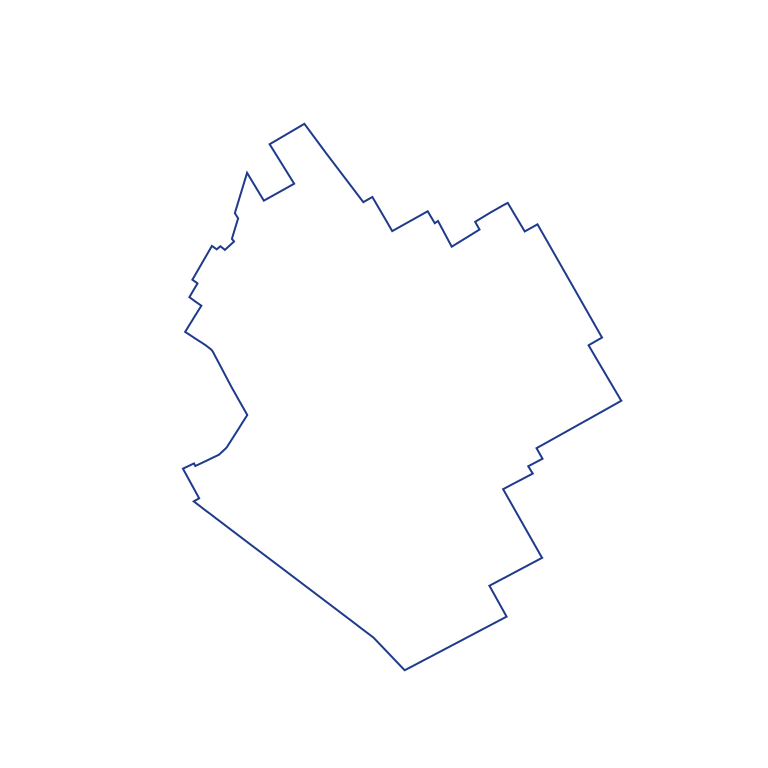 outline of Guasayán, Santiago del Estero, Argentina, rotated 319°
{"feature_id": "61730980B4030066976433", "entity_name": "Guasayán", "entity_type": "district", "adm_level": 2, "iso_a3": "ARG", "parent_name": "Argentina", "parent_adm1": "Santiago del Estero", "projection": "robinson", "projection_center": [-64.92, -27.96], "detail": "fine", "context": "isolated", "style": "outline", "palette": "blue", "viewbox_px": 768, "rotation_deg": 319, "n_neighbors": 0, "source": "geoboundaries", "source_scale": "gbopen_adm2", "svg_char_len": 1690}
<svg xmlns="http://www.w3.org/2000/svg" viewBox="0 0 768 768"><g transform="rotate(319 384 384)"><path d="M552.1,552.3L552.1,552.1L561.1,503.3L563.8,489.0L564.0,489.0L579.0,492.0L588.1,446.7L597.0,402.3L604.6,364.2L590.3,361.2L596.2,328.5L590.7,327.2L575.6,324.2L559.2,321.4L557.4,330.1L525.2,324.8L531.7,296.4L527.8,296.0L530.3,282.3L490.5,274.0L492.5,263.8L497.9,235.2L487.7,233.2L491.8,170.9L494.6,135.4L455.0,128.0L447.6,173.9L413.6,166.8L419.2,134.8L394.7,150.2L383.5,157.2L383.5,157.4L382.6,163.1L382.6,163.3L373.9,168.7L364.4,174.7L364.4,177.9L364.4,178.0L364.2,178.1L351.9,178.4L351.8,177.7L350.9,172.7L346.1,172.6L344.7,166.9L329.0,172.3L307.8,179.6L309.3,185.7L309.2,185.8L308.8,185.9L307.1,186.5L305.4,187.0L300.3,188.7L294.1,190.8L295.6,197.5L297.5,205.1L292.1,206.7L288.4,207.9L285.6,208.7L281.0,210.2L277.0,211.4L274.5,212.2L268.1,214.2L269.6,219.4L271.4,225.9L273.0,231.3L274.7,237.3L276.1,244.1L276.2,245.6L276.0,247.5L274.9,252.0L273.6,257.7L273.1,259.9L266.9,286.2L265.7,292.2L264.2,299.3L260.5,317.7L260.2,317.8L251.7,320.3L243.6,322.8L233.7,325.7L224.9,328.3L223.6,328.7L222.1,328.8L213.0,329.1L206.2,327.2L199.9,325.5L187.8,322.1L188.5,319.3L187.2,318.9L183.5,317.9L176.7,316.0L170.8,343.1L169.9,347.1L169.5,349.0L165.0,348.1L163.4,347.8L166.3,362.1L167.3,366.6L168.6,372.7L169.0,375.0L169.6,377.5L171.7,387.8L172.7,392.5L177.7,416.5L184.7,449.4L204.4,543.0L206.5,553.4L207.5,558.1L209.7,568.5L211.2,600.7L211.8,613.6L218.1,615.1L323.5,639.9L323.9,640.0L324.0,639.5L331.2,605.5L331.2,605.4L389.3,618.9L389.3,618.5L404.9,541.5L415.6,544.0L437.5,549.2L438.9,540.7L454.6,544.4L457.0,532.5L536.9,549.2L552.1,552.3Z" fill="none" stroke="#1e3a8a" stroke-width="2"/></g></svg>